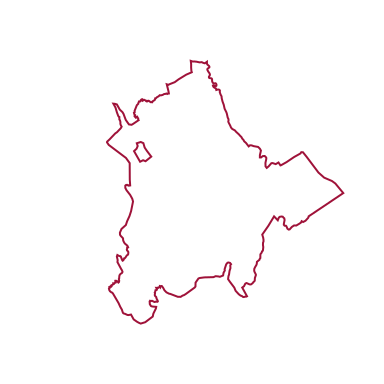 Kailo, Maniema, Democratic Republic of the Congo, rotated 146°
{"feature_id": "63176286B17504702690240", "entity_name": "Kailo", "entity_type": "district", "adm_level": 2, "iso_a3": "COD", "parent_name": "Democratic Republic of the Congo", "parent_adm1": "Maniema", "projection": "equal_earth", "projection_center": [25.788, -2.56], "detail": "fine", "context": "isolated", "style": "outline", "palette": "rose", "viewbox_px": 384, "rotation_deg": 146, "n_neighbors": 0, "source": "geoboundaries", "source_scale": "gbopen_adm2", "svg_char_len": 6095}
<svg xmlns="http://www.w3.org/2000/svg" viewBox="0 0 384 384"><g transform="rotate(146 192 192)"><path d="M315.9,133.7L316.7,131.0L316.8,130.3L316.6,129.6L315.7,128.5L314.3,126.2L313.5,125.5L311.1,124.5L311.6,119.0L310.2,115.3L309.2,113.3L308.1,111.6L303.6,110.2L294.2,110.7L292.0,112.8L287.1,115.6L285.9,116.8L288.5,118.9L289.4,119.8L289.8,120.5L289.7,122.6L288.3,125.0L287.6,125.3L287.1,124.5L286.0,124.2L284.7,121.9L284.3,121.6L283.4,121.4L282.0,120.3L281.5,120.4L281.2,121.2L281.0,123.4L280.4,125.0L280.7,126.4L280.7,126.9L280.1,127.9L279.2,128.8L279.1,129.5L278.4,129.8L277.2,131.0L276.3,130.6L275.8,130.6L275.4,131.0L275.2,132.5L274.5,132.0L273.9,131.9L273.4,131.3L271.8,131.7L271.7,131.1L271.2,131.9L270.6,131.1L270.1,131.3L269.6,130.9L269.5,128.7L269.8,125.9L269.3,123.1L267.8,120.4L267.1,119.8L262.4,113.1L260.0,111.4L257.8,111.4L256.4,111.0L254.4,110.9L243.2,111.3L242.0,111.7L239.7,114.9L235.0,116.7L233.7,116.4L229.5,114.3L221.8,109.4L219.5,109.0L217.4,107.3L216.3,106.1L212.9,105.4L210.9,107.5L209.0,108.4L208.6,108.7L208.2,109.7L204.1,112.9L202.1,113.5L201.1,113.1L200.1,111.9L200.0,110.3L200.8,110.1L201.6,109.4L202.0,108.5L202.8,107.3L205.0,105.6L207.6,102.7L208.7,102.0L210.8,99.6L210.8,96.6L210.4,89.1L211.1,85.7L210.4,81.1L209.7,79.0L208.8,77.8L208.4,76.5L207.9,76.0L206.0,75.3L205.5,74.9L204.7,74.8L203.8,84.7L201.6,84.8L199.1,86.2L197.9,86.1L197.6,85.9L196.0,83.3L195.3,82.7L194.7,82.4L192.7,82.5L191.4,83.0L190.2,83.1L189.5,83.5L187.9,85.6L185.6,87.3L185.2,87.9L184.8,90.9L184.5,91.9L183.3,93.5L181.4,94.6L179.6,95.4L178.5,96.2L177.2,97.8L174.0,98.1L173.1,98.8L172.3,99.0L170.3,101.9L169.9,102.2L168.1,102.8L167.2,103.6L166.2,103.7L165.7,104.1L163.7,106.5L162.8,108.4L161.5,110.2L160.4,111.0L159.5,112.3L158.5,114.4L157.6,117.4L147.5,121.3L137.6,125.9L136.7,120.6L134.5,122.1L133.3,122.4L131.6,121.7L130.6,120.8L130.5,119.5L130.2,118.6L130.9,117.0L133.6,114.3L134.2,113.5L134.1,112.3L133.0,111.5L132.9,110.8L133.4,108.2L132.9,106.8L132.0,106.4L128.8,107.2L126.1,107.2L124.3,105.9L120.8,105.7L118.8,105.7L117.4,106.5L116.7,105.0L114.0,104.7L110.2,105.6L109.5,106.0L108.9,106.6L67.2,106.5L68.4,118.9L69.8,122.8L74.4,130.0L76.3,137.4L77.3,157.0L77.8,162.9L79.1,163.9L80.6,163.3L87.7,163.9L96.9,163.9L103.2,164.4L103.8,164.6L103.8,168.1L107.0,168.3L109.0,170.9L110.1,171.5L114.2,170.4L116.6,170.2L116.7,172.1L114.9,175.0L111.8,178.0L111.2,179.1L111.6,181.2L113.3,182.2L115.4,182.0L116.4,182.7L115.1,184.6L111.7,187.8L111.5,189.9L112.0,192.4L115.3,195.6L116.5,197.3L117.8,198.3L119.5,198.1L119.8,202.6L120.4,204.8L120.2,206.4L120.5,208.1L120.3,209.9L120.8,212.3L120.8,213.1L121.8,217.3L122.0,219.1L123.4,221.8L123.6,223.7L123.2,225.6L122.8,229.1L122.6,230.0L121.7,230.9L121.0,232.1L120.8,233.7L119.3,237.5L118.9,239.0L118.4,242.8L116.9,246.6L116.1,249.9L114.9,253.2L114.0,254.8L113.8,256.9L113.1,259.4L112.3,260.2L112.1,260.7L112.2,261.5L112.6,262.0L113.4,262.6L114.8,263.0L114.4,264.0L114.3,264.4L115.4,266.8L115.3,268.0L115.1,268.6L114.7,268.5L113.3,266.8L112.8,266.4L112.3,266.5L111.7,267.3L111.5,268.0L111.5,268.6L111.8,269.1L112.9,269.6L113.4,270.2L113.6,270.7L113.6,271.7L113.3,272.7L112.3,274.3L112.2,274.9L112.3,275.3L113.9,276.8L113.9,277.5L113.5,278.1L112.1,278.7L111.3,279.6L111.1,281.2L111.2,282.7L111.0,284.4L110.8,285.0L110.2,285.5L108.0,285.6L107.6,285.9L107.4,286.8L108.0,289.2L107.8,290.1L106.8,291.6L109.4,291.5L110.5,292.8L111.3,294.2L113.2,295.2L115.3,297.4L117.2,299.0L118.4,299.7L119.7,301.4L121.2,298.5L123.1,295.7L124.7,292.9L125.2,291.4L131.1,292.5L140.1,292.9L144.9,292.7L150.7,294.0L151.6,294.0L152.7,295.4L155.2,288.6L156.1,286.6L156.7,286.9L157.7,287.1L157.7,287.6L158.2,288.0L159.2,288.2L160.3,288.8L162.0,288.9L163.8,289.5L164.6,290.3L166.3,290.0L167.8,290.2L169.7,289.9L170.2,290.2L170.8,289.5L171.5,289.1L174.0,289.2L174.8,288.6L175.1,288.8L175.3,289.2L176.1,289.6L176.6,291.3L176.9,291.9L177.8,292.0L178.1,292.5L178.8,292.3L179.1,292.7L179.3,293.2L179.2,293.8L179.9,294.7L180.1,295.2L180.5,295.4L181.1,295.2L182.1,295.3L182.1,295.6L181.2,296.1L181.3,296.7L182.0,297.0L183.1,296.8L184.1,296.1L184.6,296.1L185.3,296.7L186.8,295.7L187.2,295.2L189.2,294.8L194.2,291.4L194.7,290.5L194.9,290.2L195.8,290.2L196.3,288.8L196.1,287.5L196.3,287.3L197.1,287.2L197.3,286.9L197.0,285.0L195.9,285.3L195.3,285.1L195.6,284.1L195.4,283.1L196.1,282.2L196.1,281.4L202.9,281.4L204.5,281.5L206.5,283.3L206.6,288.8L205.1,295.1L205.0,297.1L205.8,300.7L205.3,306.6L206.6,308.2L207.8,309.2L208.2,304.8L209.7,300.1L210.6,296.4L210.6,295.2L210.3,294.8L211.7,292.7L211.7,292.1L211.6,291.8L212.2,290.1L213.3,288.5L213.7,287.0L213.8,285.5L215.4,284.7L220.8,283.5L222.8,283.5L231.0,281.7L234.2,281.2L234.7,280.7L234.7,277.6L227.7,257.2L227.5,250.8L236.7,237.0L239.6,232.0L240.9,232.6L241.1,232.9L241.1,233.3L241.8,233.8L241.8,234.2L242.7,234.7L243.7,234.6L245.0,232.7L245.3,230.0L244.9,224.2L245.3,219.8L246.2,217.1L253.2,210.2L257.3,207.0L262.2,204.0L265.3,201.6L271.1,200.8L274.5,198.6L275.6,196.8L275.6,195.3L275.1,192.4L275.3,191.7L275.9,190.9L276.3,189.6L276.5,188.1L276.5,186.9L276.2,185.8L275.6,183.7L275.8,182.3L275.9,181.9L276.8,182.2L277.1,181.6L278.1,180.9L278.5,180.0L278.5,179.5L278.2,178.5L278.5,177.6L279.6,176.2L280.4,175.8L281.5,175.9L283.8,174.9L284.8,174.7L285.3,174.9L285.6,174.5L286.4,174.5L286.9,173.9L287.9,173.8L288.0,174.2L287.8,175.4L287.1,178.3L287.3,178.9L288.1,179.5L289.1,181.5L290.4,180.5L291.7,177.1L293.0,175.6L293.8,167.7L293.8,166.8L294.1,165.1L294.3,164.6L295.5,164.0L297.0,164.1L298.7,163.5L299.8,162.3L300.7,161.1L301.3,160.8L302.0,159.1L302.9,158.2L303.7,158.1L303.9,159.8L304.3,160.6L304.9,160.9L305.2,161.3L305.4,161.2L305.4,160.4L305.8,159.6L307.5,159.9L307.9,159.6L308.4,160.3L309.1,159.5L310.9,159.7L311.2,158.9L311.5,158.8L311.8,159.5L312.2,159.5L312.6,158.9L313.6,159.4L313.9,158.6L314.3,158.7L314.6,158.3L314.9,158.3L315.4,157.0L315.5,155.6L315.0,154.0L314.4,153.1L314.3,152.0L315.0,141.0L315.7,136.8L315.9,133.7ZM206.5,262.1L205.0,259.7L206.4,255.3L206.4,251.3L206.0,244.1L213.3,243.5L214.8,245.7L218.1,246.1L217.2,258.3L213.7,258.9L211.3,260.5L210.5,263.3L206.5,262.1Z" fill="none" stroke="#9f1239" stroke-width="2"/></g></svg>